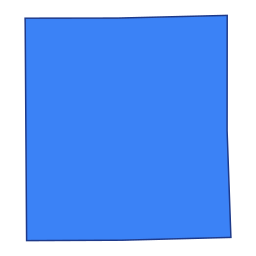 Shiawassee, Michigan, United States of America (Albers equal-area conic projection)
{"feature_id": "52423323B51018446031441", "entity_name": "Shiawassee", "entity_type": "district", "adm_level": 2, "iso_a3": "USA", "parent_name": "United States of America", "parent_adm1": "Michigan", "projection": "albers", "projection_center": [-84.175, 42.954], "detail": "fine", "context": "isolated", "style": "filled", "palette": "blue", "viewbox_px": 256, "rotation_deg": 0, "n_neighbors": 0, "source": "geoboundaries", "source_scale": "gbopen_adm2", "svg_char_len": 231}
<svg xmlns="http://www.w3.org/2000/svg" viewBox="0 0 256 256"><path d="M25.1,18.2L25.2,24.8L26.6,240.6L121.7,240.2L230.9,237.4L227.1,130.8L227.2,15.4L117.2,18.1L25.1,18.2Z" fill="#3b82f6" stroke="#1e3a8a" stroke-width="1.5"/></svg>